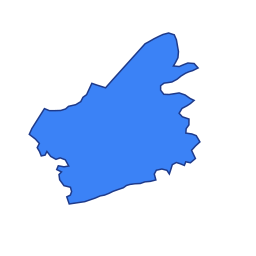 Belmonte, Santa Catarina, Brazil, rotated 144°
{"feature_id": "56859067B29465738256221", "entity_name": "Belmonte", "entity_type": "district", "adm_level": 2, "iso_a3": "BRA", "parent_name": "Brazil", "parent_adm1": "Santa Catarina", "projection": "natural_earth1", "projection_center": [-53.624, -26.854], "detail": "fine", "context": "isolated", "style": "filled", "palette": "blue", "viewbox_px": 256, "rotation_deg": 144, "n_neighbors": 0, "source": "geoboundaries", "source_scale": "gbopen_adm2", "svg_char_len": 1509}
<svg xmlns="http://www.w3.org/2000/svg" viewBox="0 0 256 256"><g transform="rotate(144 128 128)"><path d="M58.3,111.5L60.4,115.4L62.4,121.2L66.0,126.3L70.1,128.4L75.0,130.9L79.2,134.2L79.4,139.4L76.7,143.1L72.4,143.1L69.1,141.3L65.4,139.4L59.7,138.6L54.6,138.9L49.3,138.5L45.7,137.7L41.9,136.4L36.0,135.4L36.6,141.3L41.4,145.4L45.9,146.6L50.4,147.6L54.8,151.5L51.1,153.1L46.3,155.5L42.3,160.1L39.3,166.2L37.0,170.9L35.8,176.2L39.3,181.0L44.7,183.1L49.2,184.0L54.6,184.9L61.0,185.6L64.7,186.1L113.2,175.8L122.5,173.7L128.0,181.1L131.0,185.4L141.9,179.3L146.4,179.3L150.7,177.1L156.6,177.6L163.4,180.5L167.3,180.1L172.1,181.7L177.1,185.1L181.4,188.2L184.2,192.8L206.0,184.1L211.6,180.9L209.4,173.4L208.8,167.6L213.0,165.5L213.4,161.0L214.6,156.4L211.0,154.8L207.4,156.7L207.2,150.4L204.7,145.0L200.4,143.7L197.4,139.1L198.3,132.1L202.6,134.2L206.6,138.4L210.1,136.3L207.6,131.6L211.2,130.9L213.7,126.3L213.7,119.0L209.4,113.9L211.0,109.7L214.1,107.6L218.0,108.3L220.2,101.1L206.2,93.8L200.6,92.1L195.8,90.6L190.4,89.4L186.4,87.5L181.7,86.3L177.5,85.6L172.7,84.2L166.9,82.4L163.0,82.4L159.6,81.2L155.3,78.9L150.7,75.9L146.0,74.5L141.3,71.7L136.0,69.6L133.8,75.3L129.9,77.2L124.7,74.9L121.4,70.9L121.6,66.5L117.3,69.6L113.7,72.3L109.2,71.7L106.9,68.6L104.4,64.6L101.1,66.7L98.0,63.2L91.4,63.7L89.7,72.6L84.0,73.8L78.0,74.5L77.3,81.7L79.8,85.6L84.2,89.9L81.3,93.3L76.9,94.7L73.4,99.4L77.5,105.2L78.0,109.9L72.8,112.1L67.1,111.3L63.1,111.1L58.3,111.5Z" fill="#3b82f6" stroke="#1e3a8a" stroke-width="1.5"/></g></svg>